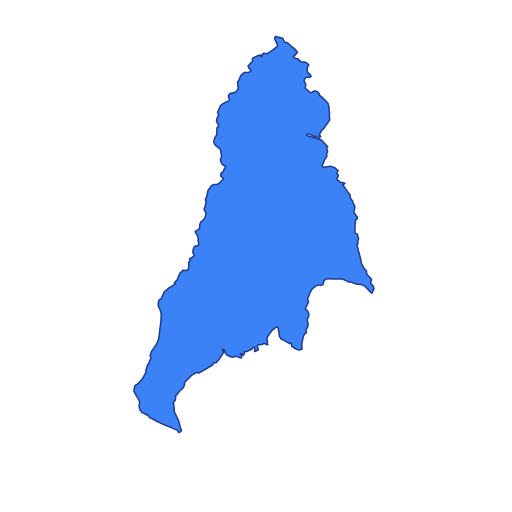 Polle, Federated States of Micronesia, rotated 305°
{"feature_id": "79324940B78067123130515", "entity_name": "Polle", "entity_type": "district", "adm_level": 2, "iso_a3": "FSM", "parent_name": "Federated States of Micronesia", "parent_adm1": "", "projection": "albers", "projection_center": [151.586, 7.337], "detail": "fine", "context": "isolated", "style": "filled", "palette": "blue", "viewbox_px": 512, "rotation_deg": 305, "n_neighbors": 0, "source": "geoboundaries", "source_scale": "gbopen_adm2", "svg_char_len": 6137}
<svg xmlns="http://www.w3.org/2000/svg" viewBox="0 0 512 512"><g transform="rotate(305 256 256)"><path d="M342.2,149.6L341.4,150.1L340.4,151.1L338.5,150.5L333.0,154.3L329.3,154.4L326.5,155.3L325.1,156.2L324.2,157.4L323.5,158.9L323.1,163.0L323.1,165.5L317.8,170.8L315.5,171.2L313.4,172.4L311.6,176.3L312.1,179.6L311.2,179.8L306.3,180.6L305.1,180.3L304.1,179.8L301.6,180.9L301.1,181.7L301.0,183.9L300.5,185.0L295.8,184.4L293.4,183.7L292.3,182.9L291.4,182.0L290.3,180.4L288.3,179.2L284.3,179.1L281.8,179.2L279.3,180.2L278.2,180.8L277.0,181.3L272.7,182.4L272.4,183.8L268.0,185.6L264.1,186.9L263.5,188.8L263.0,189.8L261.9,190.7L258.3,192.3L255.7,192.2L254.3,192.0L252.6,191.3L249.6,191.8L248.0,192.9L247.1,193.3L246.1,194.0L242.4,192.7L241.4,192.1L240.6,192.9L240.2,194.1L239.3,195.9L237.3,198.6L236.5,199.2L235.6,199.4L233.2,202.1L230.9,202.6L230.1,201.8L229.8,200.7L229.1,200.4L227.7,200.2L225.7,200.6L224.1,201.4L222.2,202.7L222.1,204.1L220.5,205.1L217.6,204.3L215.8,203.3L214.2,204.6L212.1,204.5L209.8,206.2L205.8,208.6L204.0,206.6L202.5,205.2L202.4,204.1L201.0,204.3L198.6,203.5L196.5,204.0L194.5,204.2L192.6,205.0L191.1,205.1L188.5,204.5L187.1,204.6L187.1,205.6L185.8,205.6L180.0,203.0L174.0,201.4L166.9,202.8L164.6,201.9L162.9,202.2L161.3,203.0L159.7,204.0L158.6,205.2L157.0,208.2L155.6,209.9L154.5,211.2L152.7,212.6L147.1,216.1L142.3,218.5L134.7,222.6L131.7,224.0L128.5,224.8L126.2,225.1L118.2,225.1L114.0,226.2L113.4,226.8L112.1,228.7L108.9,229.0L106.6,230.0L105.1,229.5L98.8,231.5L97.8,232.5L90.8,233.4L84.2,232.7L80.8,231.4L79.7,231.3L75.3,233.4L72.7,238.4L71.6,241.3L69.5,244.8L67.6,245.3L65.2,247.0L63.3,249.4L63.1,250.9L62.4,252.0L63.4,258.9L62.7,261.8L64.0,271.6L65.5,279.4L67.1,286.1L68.2,291.5L67.2,293.6L67.5,294.5L69.6,295.1L70.8,294.6L72.1,292.5L73.2,291.2L74.8,289.2L76.7,287.1L81.5,278.6L85.0,275.7L88.7,272.3L91.8,272.6L95.4,270.5L102.4,271.0L105.8,271.9L109.1,271.6L110.6,270.5L112.1,270.0L113.3,270.4L115.5,270.6L116.0,270.5L116.6,271.0L117.8,271.3L120.0,271.4L122.4,272.1L125.0,273.4L125.9,273.7L127.0,274.7L127.2,276.3L141.7,283.0L142.7,282.7L144.0,282.8L144.9,283.3L145.2,283.9L146.2,284.8L147.6,284.6L149.6,285.0L152.3,285.0L156.5,284.9L158.5,284.5L160.4,282.0L160.8,282.6L160.8,283.4L160.3,285.0L159.4,285.5L158.7,286.9L158.2,288.9L158.9,293.3L160.0,295.2L162.3,297.1L163.1,298.8L163.0,300.1L164.1,302.5L166.2,301.5L167.0,299.3L167.8,299.7L167.8,300.5L167.3,301.7L167.4,302.6L169.2,302.5L170.7,301.3L172.0,302.8L173.1,303.7L175.1,304.7L177.5,306.2L179.8,306.1L180.2,306.4L180.4,306.9L180.1,307.7L177.1,309.6L177.6,310.3L180.6,311.7L183.2,308.5L184.3,308.6L187.3,311.9L188.9,312.5L189.3,313.4L189.5,315.8L190.3,316.4L191.6,314.7L192.1,314.7L195.3,311.8L203.9,311.8L208.5,313.1L209.8,313.7L209.8,314.7L209.7,315.5L209.4,316.0L208.1,316.8L207.1,318.4L205.8,319.3L203.4,321.5L203.1,322.8L202.4,323.9L203.0,327.0L203.1,329.9L203.4,331.6L203.5,333.9L204.5,333.9L204.7,334.7L204.3,335.5L202.3,337.3L202.9,338.5L202.4,340.2L203.5,345.0L206.0,347.1L207.8,345.9L208.7,345.0L210.6,343.7L213.6,342.5L217.0,341.0L220.0,340.5L221.1,341.1L222.5,341.1L223.2,339.8L225.0,339.3L226.9,339.1L229.2,338.4L230.6,337.3L231.4,336.2L232.7,334.9L234.2,334.1L235.8,334.0L237.4,333.4L238.6,332.7L239.6,331.5L240.3,330.3L240.7,329.2L240.7,326.7L248.8,325.2L249.3,324.0L250.7,323.1L251.0,322.5L254.7,322.0L256.1,321.3L261.4,320.9L263.9,321.7L265.3,322.0L267.0,322.9L268.4,324.1L269.0,325.9L270.7,327.2L272.1,327.0L274.9,325.7L275.9,326.2L277.0,326.3L279.4,329.2L281.4,332.3L286.5,339.6L287.5,343.4L288.0,347.2L289.3,348.9L289.8,351.9L290.5,354.3L293.0,358.6L293.6,361.1L293.8,362.5L291.8,371.7L292.2,372.3L297.0,371.3L298.9,368.6L299.2,365.5L300.5,365.1L303.2,364.0L303.7,361.8L304.4,358.0L304.7,357.2L307.2,354.9L307.7,352.3L308.3,350.7L310.5,346.4L312.8,344.3L323.2,332.1L324.5,332.4L325.0,332.3L326.1,331.0L329.2,330.0L329.8,328.9L332.1,326.6L331.7,325.3L331.7,324.2L332.8,323.0L337.2,320.0L342.3,317.0L344.8,317.5L346.2,316.3L346.3,315.3L347.3,312.8L348.2,310.7L350.6,310.0L352.6,309.0L353.7,308.0L355.3,304.8L356.2,304.1L357.7,299.8L358.5,299.5L359.9,298.2L360.5,297.0L360.5,295.8L364.2,286.1L365.2,286.7L366.2,287.2L366.4,285.9L364.8,283.0L364.6,282.4L365.2,280.7L364.8,279.0L365.9,277.6L367.2,277.9L369.4,277.2L369.8,274.8L373.1,274.2L373.2,272.3L373.5,270.7L373.1,268.3L372.0,265.1L370.7,264.0L369.0,262.1L367.7,261.0L367.3,259.9L368.0,258.4L368.8,258.0L369.7,258.0L371.3,257.8L373.5,257.1L375.4,256.9L378.0,257.0L378.8,256.5L380.2,255.2L382.4,255.0L383.4,253.7L385.0,252.0L386.8,251.8L386.9,250.6L388.6,242.7L384.0,229.2L383.9,228.2L384.6,227.9L385.8,228.4L386.3,229.2L387.7,235.7L388.8,237.1L388.8,239.2L389.1,239.9L390.8,240.5L391.5,239.1L391.8,238.1L393.8,238.2L396.1,237.8L400.2,238.4L409.8,238.3L412.4,236.0L415.1,234.4L416.8,232.7L419.5,230.7L422.1,227.8L422.6,226.2L423.2,223.8L424.0,219.1L424.1,215.4L424.7,215.3L425.1,215.1L425.6,213.5L425.7,212.1L425.4,210.4L424.6,209.0L423.5,208.4L421.5,207.8L421.1,206.9L421.6,200.1L422.1,199.8L424.1,198.9L425.7,197.9L425.9,197.0L426.6,195.6L427.0,195.2L427.6,194.7L428.4,194.4L430.8,194.5L431.5,195.0L432.1,196.0L433.7,198.0L434.8,198.0L435.1,197.6L435.7,196.2L436.3,192.4L438.7,190.6L440.4,189.7L442.5,189.8L442.9,189.4L443.2,186.6L442.6,184.1L441.0,182.4L441.1,179.5L441.6,177.1L440.7,175.6L440.5,174.6L440.5,173.4L440.9,172.0L442.6,172.8L446.5,173.1L447.0,172.2L448.0,168.7L447.8,166.6L448.7,159.2L447.7,157.5L448.4,155.1L449.6,153.2L449.1,151.3L447.0,146.1L446.1,146.0L444.8,146.6L443.4,148.6L441.3,152.6L440.0,153.2L433.8,151.4L427.9,149.0L426.5,146.0L425.6,145.6L424.2,146.1L422.8,146.4L422.3,145.9L422.6,145.3L423.4,145.0L423.3,144.4L420.7,142.3L416.0,139.7L413.3,141.5L412.1,141.2L408.0,140.6L407.2,140.5L406.0,141.9L405.6,143.2L405.4,145.1L404.1,145.8L402.3,144.7L401.3,143.6L399.8,141.3L398.0,140.6L394.8,140.0L393.0,140.5L390.5,141.1L388.5,141.1L387.1,141.9L386.0,143.0L384.5,143.8L383.5,145.4L380.0,145.5L377.6,144.8L374.5,141.7L372.0,141.3L370.9,141.8L369.4,143.9L368.6,144.7L367.1,144.6L364.4,142.9L361.9,141.6L358.9,140.7L351.6,142.1L350.2,144.5L347.2,144.9L344.6,145.8L343.6,146.5L342.9,147.8L342.2,149.6Z" fill="#3b82f6" stroke="#1e3a8a" stroke-width="1.5"/></g></svg>